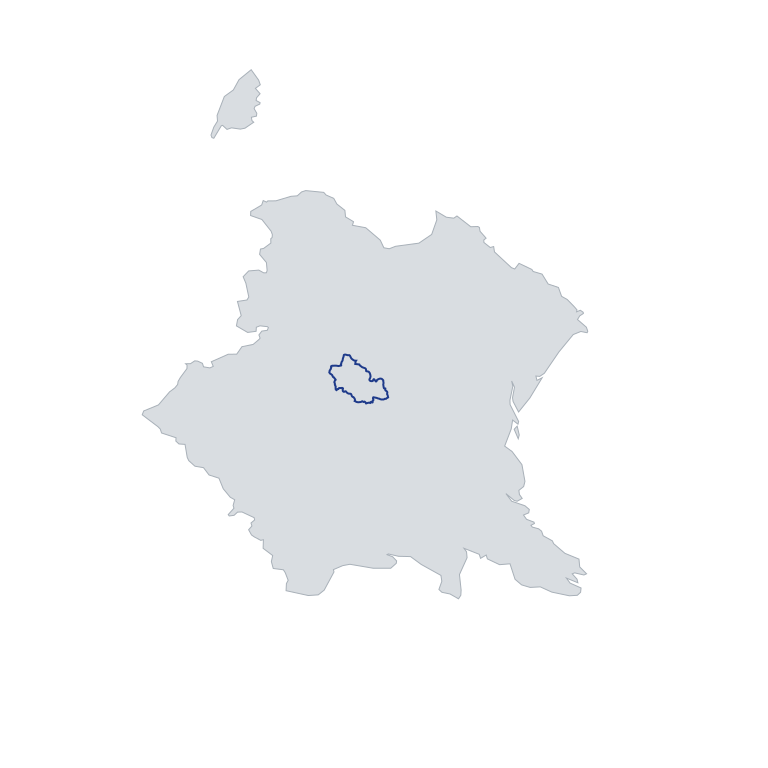 Allier highlighted on a map of France, rotated 205°
{"feature_id": "FRA-5264", "entity_name": "Allier", "entity_type": "Metropolitan department", "adm_level": 1, "iso_a3": "FRA", "parent_name": "France", "parent_adm1": "", "projection": "natural_earth1", "projection_center": [3.256, 46.375], "detail": "fine", "context": "in_parent", "style": "outline", "palette": "blue", "viewbox_px": 768, "rotation_deg": 205, "n_neighbors": 0, "source": "natural_earth", "source_scale": "10m", "svg_char_len": 7406}
<svg xmlns="http://www.w3.org/2000/svg" viewBox="0 0 768 768"><g transform="rotate(205 384 384)"><path d="M572.4,318.5L568.0,320.6L565.3,325.0L562.5,326.0L557.3,326.0L554.8,323.3L548.6,325.0L546.2,327.8L549.9,331.2L537.8,345.1L530.1,348.8L528.5,357.8L519.3,364.6L516.0,371.8L515.7,373.2L518.1,375.6L517.1,380.3L512.5,383.3L512.6,386.3L513.9,386.7L521.0,384.3L523.7,381.5L522.2,377.7L529.4,373.1L542.3,374.3L543.9,380.5L542.3,385.6L551.7,396.9L543.7,402.2L543.3,405.7L551.8,417.0L557.0,421.7L554.4,429.3L545.6,434.3L540.0,433.9L537.6,435.1L537.9,437.5L541.9,444.4L551.5,448.9L553.0,454.1L550.4,456.0L546.1,463.9L548.0,467.8L547.3,469.5L548.3,472.2L550.9,474.8L564.2,481.5L576.1,480.3L577.7,484.1L570.5,494.5L571.0,499.2L567.3,499.2L566.7,500.8L559.4,504.3L547.6,514.8L542.1,517.9L539.9,523.2L536.7,526.2L519.6,532.2L516.4,530.8L508.0,531.0L502.8,527.2L492.8,524.8L489.5,519.2L480.2,518.2L479.7,514.5L466.6,517.9L448.2,512.8L441.7,507.4L436.4,508.8L431.7,513.7L411.9,526.4L404.0,539.7L405.5,555.1L410.1,562.7L398.0,561.5L390.8,563.8L388.9,567.1L371.8,563.2L365.5,566.4L363.7,566.2L361.5,563.0L353.1,559.3L354.4,556.7L353.3,554.5L345.4,552.6L342.7,554.9L339.7,550.4L317.7,543.3L314.1,543.5L312.6,550.4L298.4,550.3L296.4,549.0L287.2,550.4L277.5,544.0L266.7,545.2L260.1,538.5L253.6,538.0L244.6,534.6L240.5,532.8L240.0,530.8L237.2,533.8L233.8,533.2L233.1,532.2L235.4,528.5L235.9,524.2L224.6,521.0L221.6,517.9L221.6,516.3L227.8,514.8L233.4,508.8L239.0,487.1L243.2,461.5L246.1,456.7L249.7,455.4L246.9,451.9L243.3,456.5L245.9,433.0L250.2,415.5L259.6,422.7L261.7,425.8L264.4,436.3L269.6,440.7L266.3,436.4L263.0,422.5L261.0,418.6L246.1,406.9L245.6,404.2L252.2,405.7L249.7,397.0L248.4,378.7L239.3,376.9L224.9,369.2L215.1,355.3L214.1,350.1L216.8,344.6L214.6,341.1L210.4,338.7L213.8,334.0L216.8,333.5L227.2,336.2L218.7,331.7L204.8,333.2L199.3,331.7L198.4,328.4L202.2,324.2L197.6,321.6L189.7,322.2L188.7,321.1L191.1,318.1L189.2,317.0L182.6,318.1L179.0,317.2L175.6,313.7L165.1,313.0L162.8,311.0L148.5,307.0L133.3,307.7L129.3,300.9L120.2,297.6L122.1,295.4L131.4,293.4L133.2,291.5L126.6,288.7L124.3,285.8L136.7,285.2L131.2,282.2L119.2,282.4L117.8,278.3L119.5,274.2L126.5,270.4L144.0,266.3L156.6,266.2L165.6,261.4L174.4,260.1L182.7,262.4L193.8,274.3L202.9,269.1L216.4,269.2L219.1,272.2L222.8,266.8L225.7,269.9L242.1,268.9L238.3,266.8L235.3,261.7L235.1,243.2L227.0,229.8L225.1,225.0L225.7,220.8L235.4,221.6L243.5,219.7L247.4,221.0L248.2,229.6L251.5,234.6L274.0,236.2L287.0,238.8L298.0,234.0L308.3,231.8L309.1,230.6L303.2,231.1L297.8,229.0L297.1,226.7L300.0,219.9L315.8,212.5L338.7,206.2L344.6,202.0L351.4,194.4L349.9,192.5L351.1,171.9L354.5,165.1L363.2,160.3L385.4,155.3L388.1,161.9L387.9,165.6L393.8,171.3L396.7,173.1L406.4,170.0L411.0,175.4L412.4,181.5L424.1,184.0L427.5,191.9L429.6,190.2L436.9,190.6L440.3,191.2L445.1,194.7L443.7,199.5L445.8,201.8L443.8,206.1L445.2,208.0L458.6,208.0L462.6,206.0L464.4,201.6L468.5,199.0L470.0,199.8L467.5,208.0L469.4,210.1L470.4,216.0L475.5,216.4L485.4,221.1L493.8,228.9L504.1,227.6L512.2,231.9L520.6,229.6L528.5,232.0L531.3,234.3L538.8,245.2L544.5,243.0L548.5,244.3L549.8,247.4L564.9,245.6L567.7,248.6L570.9,249.8L590.1,253.9L590.4,258.0L579.6,269.7L575.0,286.3L571.9,292.1L570.8,296.4L571.7,299.3L571.3,303.8L569.1,314.7L570.5,317.9L572.4,318.5ZM646.8,544.9L646.0,551.9L648.8,556.9L650.2,577.1L644.8,586.8L644.0,598.6L637.2,612.7L626.0,606.4L622.6,602.9L625.5,597.6L619.0,594.7L620.5,589.5L619.7,586.9L615.2,586.6L614.9,585.2L618.2,581.2L618.1,578.7L613.7,575.6L612.8,572.9L616.9,569.7L615.0,566.9L612.7,566.2L618.1,557.1L621.9,554.3L630.5,551.7L633.9,548.4L639.6,550.2L640.6,549.3L642.1,534.8L644.1,534.6L646.0,536.5L646.8,544.9ZM246.9,398.0L245.5,402.1L239.9,395.0L239.2,391.1L246.9,398.0Z" fill="#d9dde1" stroke="#a8b0b8" stroke-width="1"/><path d="M402.9,388.6L401.7,388.0L400.4,386.7L399.4,385.2L399.1,383.7L399.2,382.1L398.9,381.5L398.2,381.1L397.5,381.0L396.8,381.2L396.1,381.5L395.5,382.0L395.5,382.6L395.5,383.3L395.4,383.9L394.8,384.1L392.8,383.0L392.3,382.9L392.0,383.3L392.0,383.8L392.0,384.4L391.9,384.9L391.6,385.4L390.3,386.9L389.3,387.5L388.2,387.7L387.1,387.4L386.2,387.0L385.9,386.3L385.1,385.2L384.9,384.7L384.7,384.3L384.5,383.3L384.2,382.8L382.7,380.6L382.3,380.2L381.8,380.1L381.5,380.2L381.1,380.5L380.9,380.5L380.7,380.1L380.6,379.8L380.4,379.3L380.2,379.0L379.9,378.8L378.8,378.6L378.1,378.4L377.8,378.2L377.5,377.9L377.2,377.1L377.1,376.6L376.9,376.1L375.9,375.3L374.6,373.6L375.6,372.2L375.8,371.6L376.0,371.4L376.3,371.2L376.6,371.1L376.9,371.0L377.2,370.6L377.8,369.8L380.0,368.8L380.8,368.7L381.3,368.6L381.7,368.7L382.1,368.7L383.1,368.4L384.8,368.3L388.0,367.5L388.1,367.4L388.1,367.2L388.1,366.8L388.0,366.6L387.9,366.3L387.7,366.0L387.1,365.4L386.9,365.1L386.8,364.8L386.9,364.5L387.2,364.0L387.2,363.8L387.1,363.6L386.7,363.0L386.6,362.8L386.6,362.5L386.8,362.3L387.0,362.3L387.8,362.3L388.2,362.3L388.4,362.0L388.3,361.4L388.3,361.1L388.5,360.9L389.4,360.9L390.1,360.5L391.2,359.6L391.8,359.0L392.0,358.8L392.3,358.9L392.4,359.1L392.6,359.4L393.9,359.8L394.2,359.8L394.7,359.2L395.1,359.0L395.5,359.1L395.9,359.2L396.3,359.2L396.7,358.9L396.9,358.6L397.2,358.1L397.4,357.9L399.7,356.5L401.4,356.1L402.4,356.2L403.4,356.2L403.4,356.6L403.4,356.8L403.4,357.1L403.5,357.2L403.7,357.5L404.2,358.1L404.9,358.6L405.6,358.9L405.9,359.1L406.1,359.2L406.3,359.2L406.6,359.1L407.1,359.1L407.7,359.3L408.2,359.6L409.1,360.6L409.5,360.9L409.8,361.0L410.3,361.0L411.8,360.4L412.2,360.3L412.8,360.3L413.9,360.5L414.4,360.7L415.2,361.1L415.5,361.2L415.9,361.1L416.3,360.8L416.7,360.2L417.0,360.0L417.4,359.9L418.3,360.2L418.5,360.4L418.8,361.1L419.0,361.3L419.2,361.6L419.2,361.9L419.2,362.2L419.2,362.5L419.3,362.7L419.7,362.8L420.2,362.8L420.6,362.6L422.2,361.7L422.6,361.6L423.0,361.3L423.1,360.8L423.2,360.5L423.3,360.1L423.7,359.9L424.1,359.7L424.3,359.3L424.3,358.9L424.3,358.6L424.4,358.4L425.4,358.6L426.3,360.1L426.4,360.4L426.6,360.9L426.6,361.1L427.1,361.5L427.6,362.2L427.8,362.2L428.0,362.3L428.1,362.5L428.3,362.7L428.5,363.3L429.1,364.1L429.5,364.3L429.8,364.7L429.9,365.5L429.9,366.7L429.8,366.9L429.7,367.2L429.6,367.4L429.7,367.5L430.0,367.7L430.6,367.9L430.7,368.0L431.0,368.2L431.2,368.3L431.6,368.4L431.8,368.5L432.0,368.7L432.1,368.8L432.3,368.8L432.8,368.8L433.0,368.8L433.4,369.0L433.8,369.4L434.3,369.7L434.4,369.8L434.5,370.0L434.8,370.2L435.9,370.5L437.0,370.6L437.4,370.7L437.8,371.0L438.3,371.2L438.4,371.3L438.5,371.4L438.5,371.6L438.6,372.0L438.6,372.3L438.7,372.5L438.8,372.7L438.8,372.9L438.9,373.1L438.9,373.3L438.9,373.5L438.6,374.8L438.6,375.1L438.6,375.4L438.7,375.5L438.8,375.6L438.8,375.8L438.9,376.2L438.8,376.4L438.8,376.6L438.9,376.8L438.9,377.0L439.0,377.1L439.2,377.3L439.3,377.4L439.4,377.5L439.4,377.8L439.3,378.0L438.9,378.4L438.6,378.7L435.1,380.4L432.7,381.1L432.4,381.3L432.2,381.5L431.8,381.9L431.5,382.1L430.9,382.4L430.7,382.6L430.7,383.0L430.9,383.2L431.0,383.3L431.3,383.6L431.4,383.8L431.4,384.5L431.5,384.9L431.6,385.3L431.7,385.8L431.7,386.3L431.5,387.2L431.5,387.8L431.6,388.3L432.0,389.6L432.1,390.4L432.2,391.7L432.3,392.0L432.4,392.4L432.5,392.7L432.6,393.0L432.6,393.4L432.3,393.8L431.9,394.1L431.2,394.4L428.9,394.8L427.5,395.5L426.6,395.1L424.9,393.7L424.0,393.2L421.6,392.7L420.4,392.8L419.2,393.3L419.3,392.5L418.5,390.0L414.6,391.3L413.9,390.7L410.9,390.0L407.7,390.3L407.0,390.1L406.5,389.6L405.6,388.2L405.1,388.2L403.6,388.6L402.9,388.6Z" fill="none" stroke="#1e3a8a" stroke-width="2"/></g></svg>